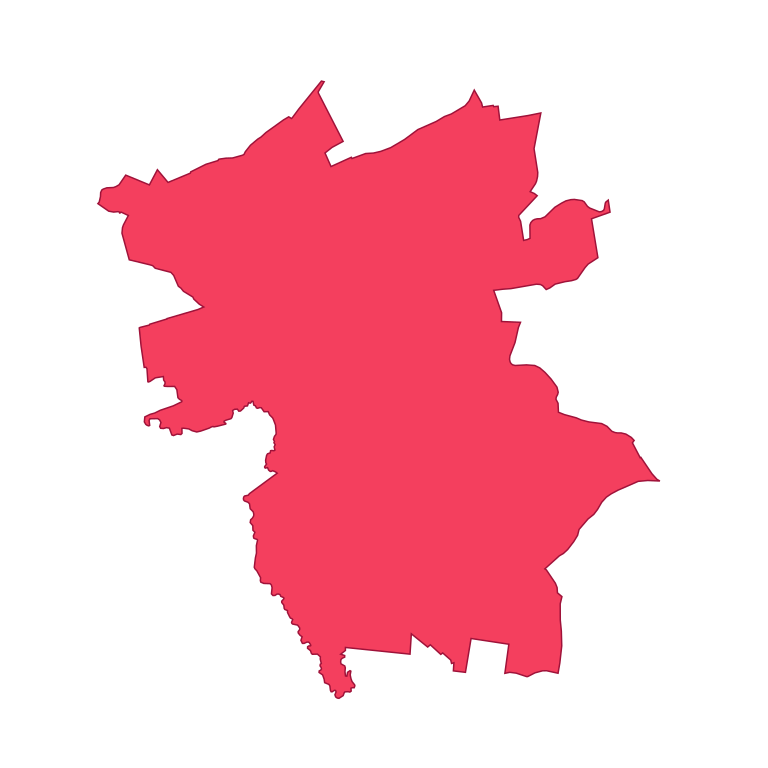 Abramut, Bihor, Romania, rotated 83°
{"feature_id": "2599482B23166371444315", "entity_name": "Abramut", "entity_type": "district", "adm_level": 2, "iso_a3": "ROU", "parent_name": "Romania", "parent_adm1": "Bihor", "projection": "albers", "projection_center": [22.27, 47.34], "detail": "fine", "context": "isolated", "style": "filled", "palette": "rose", "viewbox_px": 768, "rotation_deg": 83, "n_neighbors": 0, "source": "geoboundaries", "source_scale": "gbopen_adm2", "svg_char_len": 6154}
<svg xmlns="http://www.w3.org/2000/svg" viewBox="0 0 768 768"><g transform="rotate(83 384 384)"><path d="M660.9,483.3L662.4,483.6L665.2,480.4L669.6,479.4L673.2,479.3L675.5,475.2L677.3,474.5L681.5,474.5L683.0,474.0L683.2,473.0L682.0,470.6L682.3,469.4L683.8,469.1L686.5,470.6L688.7,470.1L690.0,468.7L690.5,467.0L688.3,462.5L685.7,461.2L684.8,460.2L685.0,457.2L685.6,455.4L684.8,454.0L682.0,453.9L681.6,452.5L681.8,450.6L680.0,449.7L679.0,449.8L675.4,452.0L672.4,452.7L668.6,453.0L665.0,451.9L664.4,452.7L665.7,455.3L669.5,456.5L669.1,457.8L664.8,457.8L661.1,457.0L659.1,457.3L656.5,460.8L654.6,460.9L652.2,460.3L651.1,458.8L650.3,456.3L648.7,456.1L646.9,459.9L643.8,454.8L640.8,454.4L655.3,391.1L635.3,387.3L650.4,372.7L648.5,369.8L659.3,360.6L658.1,358.5L666.1,351.4L669.6,351.0L669.2,348.6L677.2,350.1L680.1,338.3L647.2,328.6L657.5,291.8L685.9,299.3L685.5,294.3L687.1,288.0L691.8,278.1L691.9,277.0L689.1,269.4L688.0,261.6L688.4,257.6L692.3,246.5L682.4,243.5L665.6,239.5L650.9,238.1L639.7,237.8L623.7,235.9L616.7,233.3L612.4,237.3L607.1,237.0L602.6,238.2L588.3,245.5L587.1,246.9L575.9,230.9L574.0,226.5L570.6,221.8L563.6,214.9L557.8,210.3L552.1,208.1L542.8,197.9L539.0,191.7L534.6,187.4L527.9,182.3L523.4,177.1L520.7,171.9L518.0,165.0L511.6,143.6L511.9,134.0L513.9,122.0L511.9,124.7L505.7,129.0L488.1,138.0L488.4,138.7L472.7,144.6L470.5,142.6L467.2,145.0L463.2,150.0L461.5,154.5L461.0,158.3L460.3,160.7L458.7,163.6L453.2,167.8L449.8,172.8L446.6,185.3L443.8,192.5L441.0,197.3L436.4,208.6L433.3,214.3L424.3,213.6L420.1,215.2L418.0,214.6L415.5,212.9L413.4,212.1L408.2,212.7L399.4,217.6L392.1,222.8L387.0,227.4L384.0,232.1L382.4,240.2L381.6,251.6L380.6,254.1L379.1,255.5L377.2,256.2L374.8,256.4L371.4,255.6L358.8,248.9L344.3,243.7L339.4,241.0L336.3,259.8L327.6,258.6L304.4,263.7L304.4,254.3L304.8,246.4L303.5,220.5L304.3,216.6L305.7,214.6L310.0,211.5L308.8,207.6L305.7,201.9L304.5,191.8L304.3,185.2L303.6,180.8L302.8,179.1L292.9,170.2L289.8,166.7L284.7,156.3L245.3,157.9L241.0,138.7L228.8,139.0L230.4,141.6L231.4,142.3L237.1,144.0L238.4,144.9L239.3,146.9L239.4,149.3L234.4,158.4L232.5,160.4L227.6,163.1L226.1,165.0L224.0,172.6L223.8,176.1L224.4,181.1L226.1,185.7L229.4,192.9L237.7,203.8L239.0,208.4L238.7,211.8L239.0,214.4L239.8,216.5L241.7,218.6L244.0,219.8L257.2,221.3L258.1,224.1L258.5,227.9L239.1,228.6L235.0,230.0L233.1,229.7L215.8,209.0L213.3,211.5L210.9,215.5L203.7,209.3L201.3,207.9L196.8,206.3L192.8,205.6L168.7,206.4L134.1,195.3L135.1,208.3L136.1,236.9L122.2,236.9L122.1,241.3L120.8,241.7L121.1,252.4L116.9,252.9L103.3,258.6L113.5,265.0L117.7,269.5L124.2,284.3L125.9,291.4L129.8,300.2L135.6,319.4L143.8,333.8L150.2,348.5L152.7,358.8L153.5,366.4L153.0,374.1L156.3,388.3L155.0,388.8L161.7,410.1L147.5,414.4L142.8,406.7L138.2,395.0L87.2,413.7L86.0,413.7L76.7,406.6L75.7,409.2L100.7,435.1L108.6,442.6L109.2,443.5L107.2,446.0L109.6,451.5L120.0,470.5L123.9,476.0L125.5,479.4L130.7,487.4L136.5,493.3L139.1,495.0L139.7,496.7L141.2,506.7L140.6,513.4L140.7,519.7L140.9,520.8L142.0,521.5L144.2,533.9L149.9,550.0L151.1,550.5L157.6,573.8L143.7,582.8L157.8,592.6L145.2,614.9L154.0,622.7L155.4,626.0L156.0,628.6L155.5,635.2L156.3,638.9L157.0,640.4L159.4,641.9L163.5,642.6L168.7,644.5L170.1,646.0L178.9,636.2L180.4,631.4L180.5,627.0L181.3,625.2L182.5,625.8L181.5,624.4L181.5,623.7L185.6,617.2L194.3,623.2L196.9,624.5L202.4,625.7L229.7,621.7L237.1,602.0L238.3,599.2L241.3,596.9L247.2,581.9L250.6,579.5L261.9,576.2L264.1,573.9L267.6,571.7L274.4,563.1L276.6,562.4L282.3,557.6L285.6,553.5L287.4,559.6L292.6,591.4L293.0,591.5L296.1,609.2L296.9,609.8L298.1,619.2L298.5,620.1L316.7,620.5L338.3,620.0L338.4,618.2L339.9,617.4L353.0,618.1L353.3,617.5L352.9,615.9L350.0,610.2L349.7,602.1L353.2,602.2L355.4,601.1L357.0,601.3L359.0,602.6L359.5,602.1L360.1,598.9L360.9,592.1L364.4,590.3L372.5,590.2L374.1,589.0L375.8,586.8L376.4,586.7L377.0,587.0L380.0,595.8L382.8,609.2L384.9,615.2L385.6,619.8L387.5,625.4L392.4,626.5L395.0,625.4L396.2,624.1L396.9,622.5L396.5,621.6L391.5,621.6L390.0,620.5L390.8,612.8L392.3,611.1L395.0,610.1L398.9,611.8L400.7,611.1L401.3,608.4L400.8,605.2L401.7,602.4L408.7,600.8L409.5,599.2L408.5,595.4L409.4,591.8L408.4,590.5L403.4,590.0L403.4,588.5L404.8,583.2L407.0,580.1L408.8,575.7L408.4,571.7L406.5,562.9L405.6,560.6L405.3,558.9L405.8,558.1L405.6,554.4L404.5,546.0L403.9,545.8L402.2,547.5L401.3,547.1L400.6,545.0L399.8,540.2L398.8,539.1L394.5,537.2L392.0,537.5L391.6,537.0L390.9,535.3L391.1,532.6L393.3,531.4L393.3,529.7L390.8,526.2L389.1,525.3L389.1,522.2L386.1,520.7L386.7,519.3L386.6,518.7L385.0,517.2L385.3,516.1L389.1,515.8L390.0,514.3L392.2,513.5L392.7,512.3L392.3,510.4L392.6,508.7L396.9,506.4L397.3,502.3L400.7,501.3L404.0,498.7L405.4,498.2L411.5,496.7L419.3,497.0L420.8,497.3L422.6,499.1L425.5,500.5L427.7,499.7L428.9,500.4L430.9,499.4L433.0,500.7L436.3,500.3L436.8,501.3L436.3,503.6L436.4,504.7L438.5,505.4L439.1,508.1L440.5,509.2L445.2,510.8L447.8,510.9L449.1,510.3L451.4,512.5L452.3,512.6L453.0,512.1L452.8,509.8L455.4,509.0L456.9,507.6L457.0,506.7L456.5,505.0L458.0,502.4L459.5,500.9L476.4,530.9L477.8,532.2L478.2,536.1L479.1,537.0L480.5,537.5L481.9,537.5L483.1,536.7L484.8,533.4L486.5,532.1L491.5,532.0L494.9,529.4L497.3,529.1L499.2,529.5L501.2,531.1L502.5,532.9L505.2,533.7L508.6,531.5L513.2,531.9L515.4,530.2L518.9,532.2L521.0,532.1L521.9,530.9L522.7,529.0L523.5,528.5L528.9,530.4L536.3,531.2L540.8,532.8L550.1,535.1L551.7,534.6L553.9,533.0L561.2,530.1L564.1,530.7L565.7,530.4L567.3,527.6L568.3,521.3L569.7,520.3L572.5,519.9L578.6,521.3L580.4,520.0L580.6,518.0L579.5,515.8L579.6,514.4L580.3,512.9L582.2,512.3L583.8,509.6L584.9,509.5L587.1,512.0L588.5,512.1L591.3,510.4L594.6,510.4L595.7,509.9L597.1,507.4L599.1,507.6L603.4,506.1L604.9,505.4L605.8,503.9L606.7,503.3L609.2,504.8L610.2,504.7L611.1,504.0L612.8,499.1L615.9,497.4L617.4,497.6L619.3,499.4L620.6,499.5L623.1,498.0L624.9,496.1L628.3,497.7L631.5,496.6L631.7,494.9L630.8,492.0L631.0,490.4L631.7,489.6L634.3,488.5L634.9,488.8L634.8,490.5L635.4,491.8L637.0,492.1L639.7,489.5L642.5,488.9L643.5,488.1L644.0,483.0L647.0,480.4L649.3,480.8L653.8,480.3L654.4,481.4L656.0,481.8L657.8,480.9L659.2,480.8L660.2,481.6L660.9,483.3Z" fill="#f43f5e" stroke="#9f1239" stroke-width="1.5"/></g></svg>